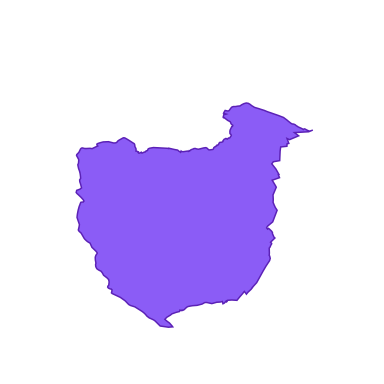 Doclin, Caras-Severin, Romania (Albers equal-area conic projection), rotated 134°
{"feature_id": "2599482B42660116166173", "entity_name": "Doclin", "entity_type": "district", "adm_level": 2, "iso_a3": "ROU", "parent_name": "Romania", "parent_adm1": "Caras-Severin", "projection": "albers", "projection_center": [21.618, 45.308], "detail": "fine", "context": "isolated", "style": "filled", "palette": "violet", "viewbox_px": 384, "rotation_deg": 134, "n_neighbors": 0, "source": "geoboundaries", "source_scale": "gbopen_adm2", "svg_char_len": 6025}
<svg xmlns="http://www.w3.org/2000/svg" viewBox="0 0 384 384"><g transform="rotate(134 192 192)"><path d="M252.1,292.5L252.7,291.7L253.9,289.9L254.4,288.9L254.8,288.0L255.3,287.1L255.8,286.3L256.3,285.5L256.9,284.7L258.1,283.2L259.5,281.6L261.4,281.2L262.6,279.8L263.3,278.4L264.1,277.0L264.9,275.7L265.8,274.3L267.9,274.6L270.9,276.1L272.8,275.0L273.0,273.6L272.9,271.8L272.9,270.0L272.9,268.3L273.0,266.5L273.1,264.9L273.6,263.4L274.8,263.3L275.2,263.7L275.7,264.1L276.1,264.5L276.7,264.8L278.0,264.3L279.3,263.7L280.6,263.2L281.9,262.5L284.1,261.3L287.2,259.3L288.7,258.2L290.2,257.0L293.6,250.4L294.7,249.6L295.9,248.8L297.1,248.1L298.3,247.4L298.7,246.0L298.6,243.1L300.3,237.2L300.4,236.1L300.4,235.1L300.4,234.0L300.3,232.9L300.2,232.2L299.6,229.8L301.3,225.6L301.3,223.8L301.3,222.0L301.3,220.1L301.5,218.3L302.1,217.5L303.1,217.4L304.2,217.2L305.1,216.8L306.1,216.3L307.2,215.2L308.2,214.1L309.1,212.8L310.0,211.6L311.0,211.1L312.3,209.7L312.5,209.3L312.8,208.7L313.0,208.1L313.2,207.5L313.3,206.9L313.1,205.8L312.9,204.7L312.6,203.7L312.2,202.6L312.4,200.6L313.3,197.7L312.8,193.5L312.9,191.2L314.2,189.2L316.8,187.2L318.2,187.1L319.0,186.6L319.2,185.4L319.0,184.7L318.7,183.9L318.4,183.2L317.9,182.6L318.0,181.5L318.6,181.1L319.2,180.6L319.8,180.2L320.5,179.9L320.5,178.9L317.6,170.4L316.7,164.4L316.9,159.4L316.4,157.5L314.3,153.3L312.6,145.1L312.4,143.4L312.3,141.6L312.4,139.9L312.6,138.2L312.3,135.4L310.7,130.9L310.4,129.0L310.5,121.8L305.6,115.0L302.4,112.2L302.2,113.3L302.1,114.5L302.0,115.7L301.9,116.8L301.9,117.3L302.1,118.8L302.3,120.3L302.4,121.7L302.4,123.1L299.6,123.1L295.5,122.0L293.6,121.8L289.6,119.8L286.7,118.0L285.3,118.6L285.2,117.9L284.8,117.6L284.7,117.3L284.6,117.2L284.2,117.3L283.4,116.6L283.5,116.4L281.7,115.8L280.6,115.9L279.5,115.8L278.4,115.7L277.3,115.4L275.4,114.1L273.5,112.7L271.8,111.2L270.0,109.6L265.6,106.9L262.6,106.0L261.2,104.6L258.5,100.2L254.1,97.6L251.6,95.3L249.7,94.1L250.9,92.1L249.9,91.7L249.5,91.7L249.3,91.6L248.3,91.6L247.5,91.7L247.3,91.7L247.3,91.3L247.1,91.0L247.1,90.8L246.2,90.8L246.0,91.5L245.2,91.2L242.0,88.3L238.7,84.4L236.5,84.6L234.3,84.8L232.1,84.9L229.9,85.0L227.2,85.3L227.5,82.8L227.7,81.9L225.3,82.1L221.0,81.9L218.8,82.1L218.8,82.3L212.3,82.5L199.3,86.0L193.9,87.3L187.5,88.5L185.4,89.6L184.6,90.9L184.1,91.6L184.0,92.4L182.2,93.9L178.7,97.5L177.9,97.5L177.1,97.7L175.7,98.3L173.9,98.7L173.6,99.1L173.6,100.6L167.5,100.4L167.5,101.8L166.7,103.6L166.2,105.0L165.2,106.1L164.9,107.5L164.9,110.1L165.0,111.7L166.2,111.9L166.0,113.4L165.3,113.6L164.2,113.9L157.4,113.2L146.7,117.8L146.0,118.1L145.3,121.2L144.3,123.8L143.1,126.5L141.0,128.3L137.8,131.7L130.0,134.7L129.4,136.6L127.8,142.5L120.9,139.0L119.6,141.9L119.0,141.6L117.2,147.6L116.3,154.2L113.7,154.5L108.5,150.7L101.4,157.0L98.0,159.5L93.2,155.5L91.2,157.1L89.8,156.1L87.5,160.8L86.6,158.2L77.5,154.3L78.1,159.6L67.6,149.9L63.5,148.1L64.7,148.7L65.5,149.1L66.6,149.8L66.7,150.0L66.8,150.2L67.3,151.4L68.0,153.7L68.1,154.2L68.2,154.5L68.4,154.8L68.6,155.1L69.0,155.3L69.4,155.4L69.8,155.4L69.8,156.0L69.9,156.4L70.3,157.8L71.4,160.7L71.5,161.3L71.5,161.5L71.7,162.5L71.8,162.7L71.9,163.2L71.9,164.2L72.0,164.7L72.4,165.5L72.4,165.9L72.9,166.5L73.3,167.0L73.6,167.7L73.7,168.0L73.8,168.5L73.9,169.1L74.2,172.3L74.2,173.0L74.8,177.9L76.9,182.9L79.6,188.7L80.3,190.3L81.2,192.1L82.0,193.9L83.1,196.7L84.9,200.3L85.8,202.2L86.3,203.1L87.7,205.8L87.8,206.3L87.9,206.8L88.4,209.0L88.6,211.1L89.1,213.1L90.3,214.8L92.3,216.0L94.5,216.8L96.8,217.3L98.4,218.7L100.2,220.0L101.8,221.6L103.1,222.3L104.9,222.3L106.5,222.0L108.0,221.9L109.0,222.7L109.7,223.8L110.3,224.8L110.9,224.7L112.5,224.3L113.4,224.0L113.0,223.0L112.2,221.5L113.0,221.9L114.0,222.9L114.3,222.9L115.8,221.9L116.0,221.9L116.5,221.6L116.7,221.3L116.7,220.9L116.5,220.7L116.3,220.6L116.1,220.4L116.1,220.2L116.1,219.5L115.9,217.9L115.7,216.1L114.9,213.4L115.3,212.2L115.8,211.4L115.8,210.9L115.8,210.0L115.8,209.6L115.7,209.0L115.9,208.9L116.3,208.9L116.5,208.7L116.8,208.4L117.2,208.6L117.5,208.8L118.3,208.5L121.0,207.6L122.0,206.9L123.5,205.4L123.7,204.5L123.5,204.2L123.9,203.1L124.7,202.8L125.5,202.7L126.3,202.5L127.0,202.5L127.5,202.9L127.8,203.0L127.9,203.3L129.4,203.3L129.6,203.5L129.6,204.1L129.8,204.6L130.2,205.0L130.8,205.1L131.8,205.5L133.6,205.3L133.7,205.0L134.5,204.8L136.0,205.5L136.8,206.4L137.8,206.5L138.2,206.4L139.0,206.1L139.5,205.9L140.5,206.1L140.8,206.6L141.4,206.5L141.4,206.4L141.8,206.3L142.4,206.7L143.0,206.6L143.3,206.7L143.8,207.0L145.0,207.1L145.7,206.7L146.2,206.5L147.0,206.6L147.6,207.1L148.6,207.8L149.9,209.0L150.1,209.9L150.0,210.6L150.0,211.1L150.0,211.5L150.4,212.8L152.3,214.3L156.8,217.1L157.9,218.8L158.4,219.9L159.4,220.8L159.8,220.9L160.5,221.1L160.8,221.4L162.5,222.1L162.8,222.1L163.1,222.2L163.4,222.1L163.5,222.2L163.9,222.3L164.2,222.7L164.5,222.4L165.5,222.9L165.5,223.1L165.5,223.4L165.7,223.7L166.5,224.3L169.1,226.3L170.1,227.5L170.1,228.3L171.4,227.8L171.5,229.0L171.8,229.8L171.8,231.4L173.9,234.6L176.6,239.1L176.9,238.9L177.0,239.0L177.7,240.1L186.8,250.6L189.8,252.8L191.1,253.4L191.8,253.4L192.2,253.2L192.9,252.9L193.3,252.9L193.8,253.3L194.6,253.6L194.8,253.5L195.2,253.4L195.5,253.4L196.0,253.6L196.1,253.9L196.4,254.0L196.7,254.2L197.0,254.2L197.5,254.5L198.0,254.7L198.4,254.8L198.7,255.0L198.9,255.4L198.6,256.1L199.4,256.4L200.0,256.6L200.3,256.6L200.9,257.1L201.1,257.5L200.3,258.4L200.4,258.6L200.6,258.6L200.9,258.7L200.8,259.4L200.9,259.9L201.0,260.1L201.5,260.6L199.9,262.2L199.6,262.8L198.9,264.8L198.2,265.5L197.9,265.9L197.7,266.3L197.5,266.7L197.4,267.2L198.0,270.1L198.5,272.7L199.1,275.4L199.8,278.0L200.8,279.1L205.3,280.5L206.9,280.8L208.0,280.6L209.5,280.9L211.1,282.3L213.8,287.0L217.7,290.7L220.2,292.2L222.4,293.4L223.6,293.7L224.0,293.3L224.2,292.8L224.4,292.3L224.4,291.8L230.2,294.0L231.4,295.7L234.3,298.4L235.3,299.5L236.4,301.4L237.2,302.0L238.4,302.1L242.1,300.9L244.6,300.9L245.1,300.9L245.7,300.6L246.0,300.3L247.3,296.2L247.9,295.5L250.1,293.7L251.8,293.0L252.1,292.5Z" fill="#8b5cf6" stroke="#5b21b6" stroke-width="1.5"/></g></svg>